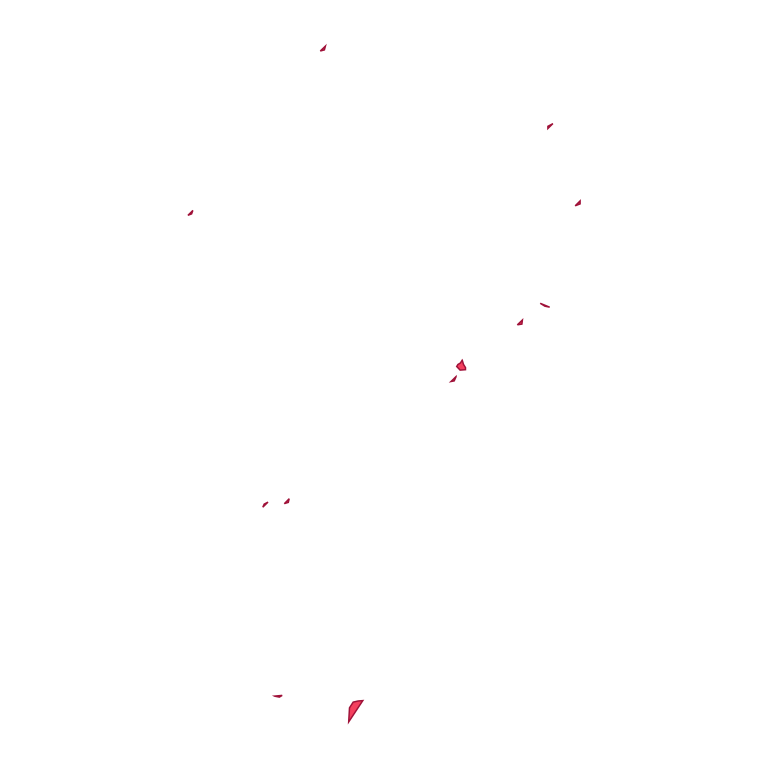 an SVG outline of Baa
{"feature_id": "MDV-5228", "entity_name": "Baa", "entity_type": "Atoll", "adm_level": 1, "iso_a3": "MDV", "parent_name": "Maldives", "parent_adm1": "", "projection": "orthographic", "projection_center": [73.003, 5.117], "detail": "fine", "context": "isolated", "style": "filled", "palette": "rose", "viewbox_px": 768, "rotation_deg": 0, "n_neighbors": 0, "source": "natural_earth", "source_scale": "10m", "svg_char_len": 1003}
<svg xmlns="http://www.w3.org/2000/svg" viewBox="0 0 768 768"><path d="M362.8,700.6L348.9,721.6L348.7,721.9L349.5,707.8L353.2,702.1L358.1,701.0L362.8,700.6ZM462.2,360.2L462.3,360.4L463.5,364.4L465.5,367.6L465.5,369.7L460.1,370.1L456.7,366.5L457.9,364.5L460.4,363.0L462.2,360.2ZM522.4,320.0L521.9,324.1L517.5,324.8L517.3,324.9L522.4,320.0ZM580.1,200.9L580.1,203.9L575.2,205.8L580.1,200.9ZM325.4,46.1L324.4,49.9L320.3,51.0L325.4,46.1ZM289.2,498.7L289.1,499.0L288.4,501.9L288.3,502.4L286.3,503.0L284.5,503.6L284.3,503.7L289.2,498.7ZM456.0,376.6L456.0,376.8L454.2,380.9L451.0,381.5L456.0,376.6ZM274.6,696.1L282.2,695.4L282.0,695.5L279.4,697.1L274.8,696.2L274.6,696.1ZM553.0,123.6L552.7,123.8L547.9,128.5L547.9,126.3L553.0,123.6ZM192.9,210.4L192.8,210.6L191.6,213.9L188.2,215.2L187.9,215.4L192.9,210.4ZM540.2,303.3L540.7,303.5L544.6,305.1L549.7,307.2L549.3,307.1L544.9,306.2L540.2,303.3ZM268.0,502.1L263.1,506.9L262.8,507.2L264.2,504.1L268.0,502.1Z" fill="#f43f5e" stroke="#9f1239" stroke-width="1.5"/></svg>